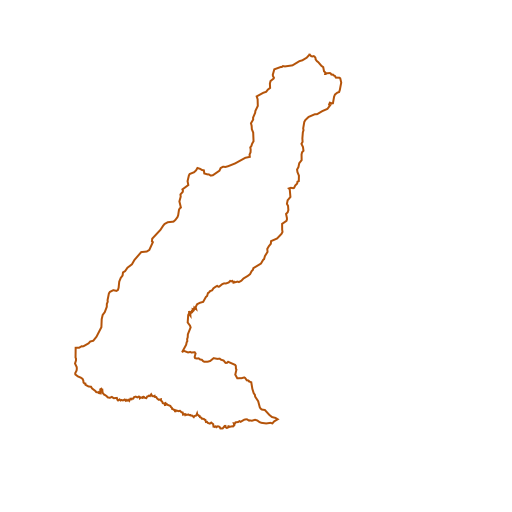 outline of Malaia, Vâlcea, Romania, rotated 122°
{"feature_id": "2599482B8038604719610", "entity_name": "Malaia", "entity_type": "district", "adm_level": 2, "iso_a3": "ROU", "parent_name": "Romania", "parent_adm1": "Vâlcea", "projection": "natural_earth1", "projection_center": [23.936, 45.412], "detail": "fine", "context": "isolated", "style": "outline", "palette": "amber", "viewbox_px": 512, "rotation_deg": 122, "n_neighbors": 0, "source": "geoboundaries", "source_scale": "gbopen_adm2", "svg_char_len": 6111}
<svg xmlns="http://www.w3.org/2000/svg" viewBox="0 0 512 512"><g transform="rotate(122 256 256)"><path d="M313.5,355.4L323.7,357.0L328.8,356.8L334.0,358.8L338.2,359.0L340.4,360.1L343.3,358.8L346.2,359.1L350.2,358.4L355.7,355.7L357.9,355.1L359.5,355.8L360.6,358.9L363.9,360.9L365.7,360.9L372.1,358.5L373.4,357.5L375.7,357.1L378.2,355.6L383.8,354.5L387.2,354.8L391.3,353.4L398.3,349.4L409.0,348.5L414.1,349.1L416.4,351.3L418.8,351.7L423.6,354.3L424.5,355.0L424.9,356.0L427.5,357.4L429.4,360.3L437.8,355.2L438.4,354.3L440.0,353.3L443.1,352.5L445.2,349.2L446.6,348.2L448.1,347.5L451.2,347.2L452.2,346.4L452.5,343.2L452.0,340.1L452.1,338.0L453.1,336.5L454.7,335.2L455.0,333.9L454.6,333.1L455.6,332.3L455.4,328.9L454.3,326.6L455.2,324.9L455.6,320.6L456.1,319.4L455.4,317.5L454.9,317.3L455.5,316.5L454.9,315.0L451.6,317.4L450.6,316.9L451.0,316.3L450.7,315.6L453.3,313.6L454.1,311.1L453.9,310.5L454.0,308.3L454.5,306.9L453.7,304.8L451.9,303.6L452.0,301.3L450.1,298.8L451.3,297.5L451.6,296.4L449.9,295.7L450.3,294.3L449.4,293.8L449.0,292.3L447.3,291.3L447.8,290.0L446.9,289.8L447.2,288.9L447.0,288.6L445.7,288.2L446.1,286.7L443.7,286.9L443.5,285.7L442.9,285.9L442.0,284.5L440.3,284.6L439.0,283.5L438.8,281.7L437.2,280.8L437.2,280.1L438.2,279.1L437.0,278.7L436.5,277.1L435.7,277.4L435.0,276.9L434.9,276.2L435.3,275.7L434.7,273.7L432.8,273.8L432.2,273.2L431.1,272.8L431.0,271.7L428.8,271.6L429.8,269.7L429.2,268.5L428.3,267.9L429.1,267.1L428.5,265.8L429.2,264.5L429.5,262.3L427.9,260.7L428.9,260.2L429.2,258.4L430.2,257.1L429.9,255.7L429.0,255.1L430.6,254.2L430.3,253.8L428.8,253.4L429.1,252.2L428.5,249.2L429.2,248.0L429.3,246.9L430.2,246.0L429.8,244.7L430.0,244.0L429.6,243.3L430.6,242.4L430.3,241.8L429.2,241.6L428.6,239.4L427.6,238.5L428.0,236.4L427.6,235.2L429.2,233.8L427.9,232.7L428.4,231.8L427.5,231.6L427.5,230.6L426.2,229.3L426.3,228.2L425.6,227.4L425.8,226.5L425.2,225.7L425.6,223.4L424.4,223.4L422.9,222.1L420.8,222.5L421.6,221.7L421.5,220.2L421.9,219.6L421.6,218.9L422.4,218.1L422.1,216.6L422.7,215.7L421.8,213.9L422.1,212.7L421.8,212.1L423.3,210.5L422.6,209.7L423.1,208.5L422.6,206.3L421.0,205.7L421.3,203.2L423.1,201.7L422.8,201.4L423.0,200.7L421.8,199.9L422.2,198.9L420.6,198.1L420.2,196.4L421.1,194.8L419.9,192.9L416.7,192.5L416.3,191.9L417.3,191.1L417.3,189.6L416.1,188.8L415.0,189.2L414.8,188.9L415.2,188.2L412.9,185.8L412.8,185.2L411.1,184.7L409.7,186.2L409.3,185.1L407.9,185.2L406.3,183.2L404.8,182.5L404.8,181.2L401.0,179.2L399.7,177.8L399.3,177.1L399.3,174.6L398.8,174.4L397.9,172.2L395.4,170.0L394.8,167.7L395.0,165.0L394.6,163.0L392.6,158.6L389.8,155.3L389.3,153.4L386.7,153.0L383.0,151.1L383.0,153.7L384.1,157.1L383.7,160.4L381.9,166.9L383.1,169.6L383.0,171.1L382.4,172.5L378.0,177.2L375.7,182.2L374.3,183.4L373.6,185.2L370.6,188.7L365.6,193.1L366.1,195.6L365.7,195.9L365.7,196.8L366.3,197.9L365.2,200.6L365.2,201.6L367.3,203.5L369.6,207.1L367.6,210.7L362.7,212.4L362.3,213.2L359.9,214.9L359.4,216.0L360.5,223.6L362.0,224.0L362.8,225.2L361.8,228.1L362.5,230.8L362.3,232.4L363.7,234.2L365.1,237.8L369.3,239.2L371.2,240.9L373.1,243.8L373.2,245.2L372.7,246.9L373.4,248.6L373.2,250.4L374.3,251.8L374.9,253.5L374.2,254.5L370.7,255.6L370.1,257.0L372.1,259.6L372.2,260.9L373.8,262.5L374.7,267.1L376.8,267.7L368.3,268.2L365.9,269.1L364.7,269.1L362.9,270.4L361.2,270.8L358.5,272.3L351.2,273.6L350.0,275.1L348.6,278.7L342.0,282.2L339.9,282.4L338.2,283.6L339.6,281.8L340.9,281.3L341.4,280.0L340.2,280.9L338.5,281.0L337.3,282.1L338.4,280.0L337.5,280.7L336.6,280.3L336.1,281.2L335.3,280.3L334.6,281.2L334.4,280.3L333.6,280.7L333.4,280.2L332.4,280.8L332.7,278.7L331.3,280.1L328.1,280.4L325.3,278.7L322.9,276.5L317.3,276.8L315.8,276.3L312.9,277.1L311.5,276.4L310.4,276.5L308.3,275.0L306.0,275.0L303.6,274.0L301.9,273.1L302.0,271.6L301.5,271.0L297.7,269.7L296.1,268.5L295.3,267.0L292.9,265.1L290.8,264.7L290.7,263.6L289.7,263.0L290.1,261.9L289.6,261.2L290.4,260.8L287.5,258.1L287.2,256.7L284.7,255.3L281.7,254.7L277.2,252.4L274.5,251.4L271.2,251.7L269.3,251.3L267.7,251.8L259.8,247.8L255.3,247.9L254.4,247.5L251.3,248.4L246.4,248.4L244.0,250.2L240.9,250.3L237.8,249.9L235.4,251.1L230.0,247.4L223.6,246.1L221.5,246.3L219.9,247.7L214.9,250.9L210.1,248.8L208.7,249.1L207.4,249.9L204.4,252.8L202.2,252.3L199.9,252.9L196.5,255.4L195.4,257.4L192.0,258.7L187.7,258.1L181.6,262.7L181.3,263.9L179.7,262.6L178.8,260.4L178.0,259.8L175.4,260.1L172.8,259.5L171.0,260.2L169.8,259.4L165.1,262.2L162.9,265.3L160.9,267.0L158.2,267.1L154.4,268.5L150.5,268.1L145.7,271.2L143.6,271.9L141.6,271.5L138.7,273.9L136.8,276.9L134.5,277.0L131.7,279.0L126.3,281.8L124.1,282.4L122.8,283.6L116.7,286.1L114.6,286.2L110.2,285.1L104.7,281.3L103.3,279.3L97.9,276.5L93.4,273.4L88.8,273.0L89.1,273.8L88.8,274.3L86.8,274.6L86.3,272.4L85.7,271.7L79.5,274.2L77.2,274.6L74.4,273.6L72.9,272.4L70.8,272.9L63.8,275.6L60.7,278.7L60.6,279.7L62.4,282.8L61.5,284.5L61.7,285.9L61.4,286.8L62.2,288.2L61.7,289.2L61.7,290.3L64.0,293.4L64.7,293.3L65.0,293.8L63.7,294.3L63.3,296.2L60.2,299.1L60.1,301.2L58.6,306.0L58.5,307.5L57.7,309.6L56.6,310.4L55.9,311.9L55.9,313.0L56.9,313.9L57.3,315.1L56.8,317.1L56.1,317.6L57.2,317.4L61.0,318.1L65.5,320.4L67.7,322.4L75.0,326.1L79.9,331.9L80.7,333.8L82.1,334.3L82.5,335.1L88.0,339.4L93.4,337.8L94.4,337.0L95.4,335.2L96.3,335.1L99.9,336.4L102.4,335.6L106.0,333.1L108.6,334.1L111.4,334.4L113.7,336.3L120.3,340.0L122.2,337.7L127.8,334.0L133.3,333.4L135.0,332.6L140.2,331.8L141.8,330.7L146.1,330.6L147.9,328.7L150.7,326.7L152.8,323.8L160.0,318.9L162.9,318.8L165.2,318.2L166.9,318.4L168.6,316.9L170.9,315.6L173.4,315.2L175.2,313.8L178.4,317.1L188.6,322.8L194.6,327.2L196.7,329.1L197.7,331.2L200.1,332.6L203.0,332.2L210.4,335.4L211.8,337.0L211.8,339.2L212.5,340.4L213.4,343.6L211.0,345.6L211.7,347.4L211.7,349.5L212.4,352.3L215.1,352.2L217.8,352.9L221.6,355.7L223.2,355.6L228.8,353.7L231.7,351.0L238.5,353.7L239.3,352.6L240.4,352.1L243.8,352.7L245.6,351.3L250.3,349.9L254.7,345.4L256.1,345.9L257.6,345.8L262.7,343.6L264.7,343.2L268.2,343.5L270.6,344.2L274.1,348.7L277.3,350.5L279.5,350.8L284.5,350.9L296.3,353.2L298.7,352.0L298.9,350.8L307.4,349.7L310.1,351.0L313.5,355.4Z" fill="none" stroke="#b45309" stroke-width="2"/></g></svg>